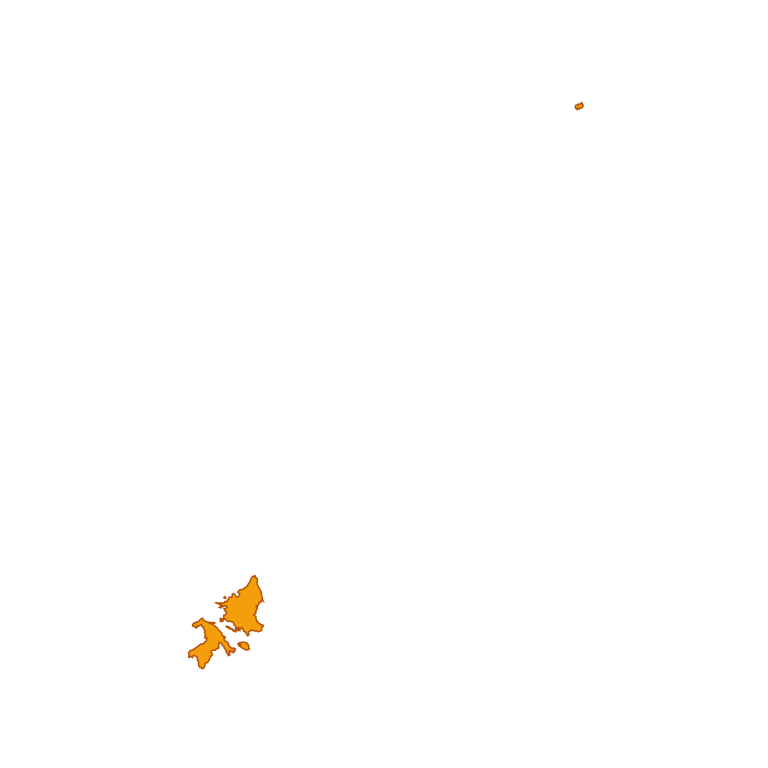 the district of Puntarenas, Puntarenas, Costa Rica, rotated 192°
{"feature_id": "36466004B9758970649099", "entity_name": "Puntarenas", "entity_type": "district", "adm_level": 2, "iso_a3": "CRI", "parent_name": "Costa Rica", "parent_adm1": "Puntarenas", "projection": "natural_earth1", "projection_center": [-85.046, 7.918], "detail": "fine", "context": "isolated", "style": "filled", "palette": "amber", "viewbox_px": 768, "rotation_deg": 192, "n_neighbors": 0, "source": "geoboundaries", "source_scale": "gbopen_adm2", "svg_char_len": 6041}
<svg xmlns="http://www.w3.org/2000/svg" viewBox="0 0 768 768"><g transform="rotate(192 384 384)"><path d="M470.2,114.2L469.8,112.8L468.0,112.7L466.5,110.7L464.9,109.4L464.5,110.3L464.0,110.6L464.2,111.3L465.0,112.3L465.1,113.4L464.2,114.3L462.9,114.9L462.4,115.7L460.4,115.8L459.2,115.4L457.5,116.0L455.3,115.5L454.6,116.3L453.1,116.8L452.5,118.0L452.9,120.1L452.0,121.3L451.7,122.3L452.0,122.7L452.7,122.5L453.5,122.7L453.4,123.0L453.8,122.9L454.0,123.2L454.5,123.1L455.1,123.6L456.1,123.5L456.7,124.1L457.1,124.1L457.5,124.7L458.7,124.8L459.1,126.3L459.6,126.3L459.6,126.7L460.3,127.5L461.0,129.3L460.9,129.9L462.8,130.7L462.8,131.0L463.4,130.9L463.2,131.5L462.4,132.1L462.5,133.0L461.8,133.2L462.1,133.7L462.0,134.9L462.2,135.6L461.7,136.6L461.6,137.6L461.2,138.0L461.6,138.8L461.5,139.7L462.0,140.1L462.6,139.6L462.8,140.3L461.9,141.0L461.2,141.2L460.7,142.9L460.9,143.4L460.3,143.9L460.2,144.7L459.5,145.0L459.3,145.6L458.8,145.6L458.8,147.3L457.1,146.6L458.0,147.8L459.1,150.8L460.2,152.5L460.3,153.5L460.9,155.1L465.8,160.9L466.5,162.1L466.9,163.3L467.0,165.7L467.7,167.6L469.5,167.8L469.9,168.3L469.9,168.7L469.7,168.9L469.8,169.4L470.7,169.6L471.0,169.5L471.3,168.7L472.4,168.5L473.6,166.0L474.4,161.5L475.3,160.0L475.4,158.9L476.5,156.8L478.6,154.9L479.5,153.5L481.2,153.1L482.6,152.4L483.6,150.6L483.7,150.0L483.2,149.4L481.7,149.1L481.4,148.6L481.6,146.6L483.7,144.8L485.3,146.0L485.9,147.0L487.6,147.7L488.2,147.6L488.6,147.1L488.7,146.4L488.4,144.8L488.5,144.1L488.8,143.7L489.5,143.3L490.7,143.6L491.2,142.9L491.3,141.2L492.4,139.9L491.8,139.2L492.8,138.5L494.4,138.1L494.3,137.4L495.0,136.4L496.8,136.3L497.0,135.5L498.4,134.6L498.6,134.0L494.6,133.4L494.3,133.8L493.8,133.7L493.4,134.2L492.7,134.3L491.0,133.0L492.6,131.2L493.8,131.1L493.4,130.2L492.2,129.6L492.0,128.7L490.1,127.6L490.7,126.7L490.6,125.9L491.1,125.1L492.8,124.5L492.0,121.5L490.8,121.3L490.7,121.2L490.8,120.7L488.9,120.2L487.8,119.4L487.2,119.8L486.5,119.2L485.3,120.0L483.9,119.9L483.4,119.6L482.5,119.8L481.0,118.3L480.6,117.1L479.1,116.5L477.5,114.9L476.3,115.0L475.6,115.4L474.6,115.4L474.4,115.2L474.9,115.1L474.8,114.6L473.9,114.5L472.4,115.4L472.4,116.2L471.6,115.7L471.1,114.6L470.2,114.2ZM507.2,71.6L506.3,69.4L505.3,69.1L505.1,68.5L504.0,68.6L502.6,67.7L501.4,68.6L500.7,70.9L500.7,73.4L500.1,74.3L498.6,74.8L498.2,76.4L497.5,77.5L497.5,80.0L497.0,80.8L496.7,82.1L496.1,82.5L495.7,83.3L495.6,84.1L496.3,84.8L497.4,85.6L497.2,87.2L495.7,88.2L493.7,88.4L493.1,89.1L492.6,90.4L492.0,90.5L490.9,91.3L490.8,92.2L491.2,92.4L491.1,93.3L491.6,94.6L491.2,95.3L491.6,96.0L491.5,96.8L492.2,97.1L490.0,96.8L488.8,96.1L487.3,94.4L485.5,93.3L485.2,92.3L482.7,90.5L482.8,89.4L482.4,88.6L479.8,86.7L480.3,85.6L478.7,86.8L479.0,87.1L478.8,87.9L479.1,87.9L479.2,89.3L480.0,89.7L480.0,90.9L478.8,90.9L478.5,90.5L477.8,90.8L476.8,90.0L476.1,90.4L475.7,89.9L475.5,90.2L475.6,91.0L474.5,91.2L475.2,92.1L475.2,92.8L474.4,93.0L474.2,93.7L474.9,94.4L476.4,94.4L476.9,94.3L477.4,93.5L477.9,93.5L478.2,94.0L480.2,94.7L480.2,95.1L481.4,95.9L482.7,98.5L486.3,99.9L487.3,100.9L487.8,102.6L486.8,102.6L486.4,103.0L486.5,103.2L487.9,103.7L488.1,104.1L489.1,104.0L490.1,105.1L490.9,106.5L493.3,108.3L494.7,108.7L495.5,110.0L496.5,110.9L497.8,111.2L499.1,112.2L500.6,112.6L501.7,113.5L502.5,113.4L503.5,113.8L504.9,113.6L505.6,114.0L503.7,114.0L503.1,114.4L500.2,114.6L499.8,114.7L499.8,115.1L501.1,115.3L503.8,114.6L505.7,114.5L508.6,114.6L512.1,115.8L512.5,117.2L514.7,115.9L515.3,114.1L516.3,113.0L517.3,112.8L517.8,111.6L518.5,111.6L519.2,111.0L520.4,110.7L520.7,109.4L521.1,109.1L521.1,107.9L520.4,107.2L518.4,107.4L517.4,106.4L517.1,106.8L516.6,106.5L516.3,106.9L516.6,107.4L516.4,108.8L515.1,108.4L513.8,110.1L513.2,110.1L513.1,110.7L512.7,110.7L512.5,109.8L511.8,109.4L511.7,108.8L509.9,108.3L508.9,106.3L507.4,105.5L507.4,105.2L507.9,104.3L507.9,103.3L507.0,103.0L506.4,101.7L506.8,100.8L506.1,99.2L506.6,99.1L506.6,98.6L505.1,98.1L504.5,98.6L504.3,96.4L504.5,95.4L505.4,94.8L506.0,93.6L506.0,92.6L506.5,92.8L507.5,91.8L508.5,91.9L509.5,91.2L510.7,89.2L511.4,89.0L512.5,87.4L513.4,86.9L514.3,85.7L514.4,85.0L515.3,84.8L515.6,84.2L516.5,83.8L517.0,83.2L517.5,83.3L518.6,82.3L518.9,80.8L519.2,80.6L519.3,80.2L518.1,77.8L518.0,77.2L518.3,76.7L518.0,76.0L517.3,76.4L516.6,77.5L514.4,76.6L514.5,77.8L513.5,79.0L510.9,78.5L510.1,78.0L509.5,77.3L509.3,75.3L508.4,74.7L507.7,73.7L507.2,72.6L507.2,71.6ZM471.5,97.7L470.1,97.5L468.9,96.6L466.2,95.9L464.9,95.2L462.6,95.5L461.7,96.1L461.3,96.0L460.6,97.0L461.7,98.4L462.0,99.8L463.0,101.3L464.4,102.1L465.9,102.4L468.6,102.1L472.1,100.6L472.5,100.1L472.7,99.2L471.6,98.9L470.6,99.5L469.6,99.3L469.8,98.7L470.7,98.6L471.5,97.7ZM252.6,693.7L252.3,692.6L252.0,692.6L252.0,693.2L251.6,693.5L250.4,693.4L250.4,693.7L250.9,693.9L251.1,694.2L248.3,694.9L247.9,695.7L247.4,695.9L247.3,697.2L246.9,697.5L248.7,700.0L249.3,700.3L250.1,698.6L250.6,698.7L251.3,698.3L251.6,697.8L252.6,697.9L253.0,697.1L254.3,696.6L254.6,695.3L254.1,693.9L253.7,693.4L252.6,693.7ZM475.9,114.2L477.1,114.5L478.6,114.3L478.5,113.9L477.7,113.1L476.5,112.7L475.2,112.4L475.3,112.7L474.5,113.2L473.7,113.1L474.2,113.9L474.6,113.9L474.6,113.5L474.8,114.3L475.2,114.6L476.0,114.6L475.9,114.2ZM495.1,118.2L494.3,117.7L493.2,118.0L493.5,118.3L494.0,118.2L494.1,118.5L493.6,119.1L492.1,119.0L492.3,120.2L493.7,120.9L495.0,120.7L495.5,120.3L494.7,119.1L495.1,118.2ZM481.9,112.3L481.7,112.8L482.9,112.9L484.6,114.0L487.2,114.5L487.9,114.2L487.6,113.5L486.7,113.6L486.6,113.3L484.5,112.9L484.4,112.4L483.4,112.6L481.9,112.3ZM480.8,111.4L477.5,110.7L477.3,111.0L477.4,111.3L478.2,111.5L478.6,111.9L481.2,112.3L481.2,111.8L480.8,111.4ZM497.5,131.1L496.3,131.4L496.3,132.1L496.5,132.6L495.5,132.8L495.5,133.1L496.5,133.1L497.6,132.7L497.1,132.1L498.4,131.3L497.5,131.1ZM494.9,141.4L494.2,141.7L494.9,142.8L495.5,142.7L495.5,142.4L496.2,141.9L495.9,141.4L494.9,141.4ZM500.2,134.8L498.8,134.9L498.2,135.5L498.9,135.9L498.9,135.7L500.2,135.1L500.2,134.8ZM503.0,135.0L500.9,134.5L500.9,135.1L502.6,135.3L503.0,135.0Z" fill="#f59e0b" stroke="#b45309" stroke-width="1.5"/></g></svg>